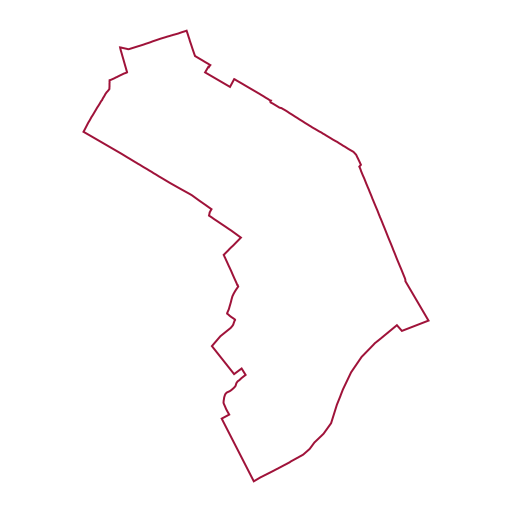 outline of Vedea, Giurgiu, Romania
{"feature_id": "2599482B51909863572758", "entity_name": "Vedea", "entity_type": "district", "adm_level": 2, "iso_a3": "ROU", "parent_name": "Romania", "parent_adm1": "Giurgiu", "projection": "mercator", "projection_center": [25.749, 43.774], "detail": "fine", "context": "isolated", "style": "outline", "palette": "rose", "viewbox_px": 512, "rotation_deg": 0, "n_neighbors": 0, "source": "geoboundaries", "source_scale": "gbopen_adm2", "svg_char_len": 5782}
<svg xmlns="http://www.w3.org/2000/svg" viewBox="0 0 512 512"><path d="M253.8,481.3L260.4,477.4L272.5,471.3L290.0,462.1L290.4,461.7L291.6,461.0L302.7,454.9L303.2,454.6L309.7,448.9L314.4,442.5L323.5,433.8L331.1,423.2L336.9,404.7L340.3,396.3L340.8,394.9L342.9,389.5L351.1,372.3L361.6,356.9L373.0,345.2L373.4,344.8L374.4,343.7L375.1,343.0L379.3,339.7L389.5,331.3L396.9,325.2L401.9,330.9L428.5,320.6L405.4,281.2L405.4,280.7L405.4,280.1L405.2,279.1L405.0,278.6L404.8,278.0L404.1,276.3L401.6,270.1L400.9,268.4L399.6,265.4L399.2,264.4L398.2,262.0L397.4,260.1L396.5,257.9L395.1,254.3L394.5,252.8L393.2,249.7L392.7,248.3L391.1,244.3L388.8,238.8L388.1,237.1L387.2,234.8L384.9,229.0L384.5,228.0L382.8,223.9L382.4,222.8L380.8,218.9L379.8,216.7L379.5,215.7L379.3,215.4L378.3,212.8L377.3,210.2L376.9,209.3L376.0,207.2L373.7,201.7L373.3,200.7L372.9,199.7L372.5,198.9L372.0,197.5L371.3,195.7L370.8,194.5L370.3,193.3L369.5,191.4L369.1,190.3L368.4,188.6L367.8,187.3L367.0,185.3L366.3,183.7L365.6,181.9L365.0,180.4L364.3,178.6L363.5,176.8L362.9,175.5L361.9,173.1L361.5,172.1L361.1,171.2L360.8,170.2L360.1,168.3L359.3,166.6L360.6,165.2L360.9,164.8L360.3,163.5L359.3,161.3L358.6,159.9L358.3,159.2L357.0,156.6L356.6,155.7L356.1,154.7L354.6,153.1L353.8,152.2L353.2,151.7L350.2,150.0L348.0,148.7L344.9,146.7L342.9,145.6L341.6,144.7L339.1,143.2L337.2,141.9L335.8,141.2L332.9,139.6L331.0,138.4L325.5,135.1L324.8,134.6L324.1,134.2L322.9,133.6L322.4,133.2L321.8,132.8L321.3,132.5L320.8,132.2L319.7,131.7L318.3,130.9L317.5,130.4L316.3,129.7L314.8,128.8L314.0,128.4L312.8,127.7L312.1,127.3L310.5,126.2L309.5,125.7L309.0,125.3L308.4,125.0L307.9,124.6L307.5,124.4L306.2,123.6L305.3,123.1L302.6,121.3L301.1,120.4L299.3,119.3L297.4,118.0L295.4,116.8L292.8,115.1L291.7,114.4L290.7,113.8L289.5,113.1L288.1,112.1L287.2,111.5L286.1,110.8L283.7,109.4L282.9,109.0L281.8,108.3L281.2,108.0L280.8,108.0L280.5,107.9L280.1,107.8L279.8,107.7L279.4,107.6L277.8,106.6L272.5,103.4L270.7,102.5L270.6,102.4L270.3,101.8L270.3,101.6L270.4,101.4L270.9,100.6L270.5,100.5L270.0,100.3L269.4,100.0L268.3,99.2L267.1,98.5L265.7,97.7L263.4,96.2L262.2,95.5L260.5,94.5L259.6,93.9L258.0,93.0L256.5,92.1L254.6,91.0L247.4,86.8L244.5,85.1L242.5,83.9L239.9,82.4L238.7,81.7L238.2,81.4L237.6,81.1L237.1,80.8L236.3,80.3L235.3,79.7L234.7,79.3L234.2,79.1L230.0,86.9L205.1,72.4L208.3,66.9L208.8,67.2L209.5,66.1L210.3,65.1L208.9,64.3L208.7,64.1L207.7,63.5L205.4,62.2L204.4,61.6L202.8,60.6L199.9,58.9L196.0,56.6L195.5,56.3L195.1,56.1L195.1,55.8L194.8,55.4L194.4,54.3L192.4,48.5L191.0,44.2L190.5,42.8L189.8,40.7L189.4,39.2L188.6,36.9L188.0,34.9L186.6,30.7L185.8,31.0L181.9,32.2L179.9,32.9L178.3,33.5L176.5,34.0L173.6,34.8L173.3,34.8L172.6,35.1L171.1,35.5L169.6,36.0L167.3,36.6L165.5,37.2L161.8,38.3L160.5,38.7L159.6,39.0L155.8,40.3L154.0,40.9L152.5,41.4L151.3,41.9L150.0,42.4L148.5,42.9L145.4,43.9L143.8,44.5L139.7,45.8L138.0,46.3L131.0,48.5L129.4,49.0L129.0,49.1L128.6,49.2L128.4,49.2L128.1,49.2L127.7,49.1L127.0,48.9L122.9,48.0L120.9,47.5L120.1,47.4L120.5,49.2L120.8,50.5L121.3,52.1L122.4,56.0L123.5,59.8L124.6,63.7L125.7,67.5L126.3,69.6L126.6,70.7L127.1,72.2L127.1,72.3L126.9,72.5L125.3,73.1L124.1,73.5L123.6,73.7L123.2,73.9L122.6,74.2L120.1,75.4L119.3,75.8L118.1,76.4L117.0,77.0L115.5,77.6L115.1,77.9L113.9,78.5L112.3,79.2L111.2,79.7L110.2,80.1L109.8,80.2L109.7,80.2L109.7,80.3L109.6,80.6L109.5,80.9L109.5,81.1L109.6,82.4L109.5,83.3L109.5,84.2L109.5,86.7L109.4,87.8L109.4,88.4L109.4,88.8L109.4,89.0L108.8,89.8L108.5,90.2L107.5,91.4L107.0,91.9L106.6,92.3L106.3,92.8L105.9,93.3L105.3,94.2L105.0,94.8L104.4,95.9L104.2,96.2L103.9,96.8L103.5,97.3L103.2,97.8L102.5,99.1L102.4,99.3L102.3,99.5L102.1,100.1L101.7,100.5L101.2,101.1L100.9,101.6L100.6,102.1L100.3,102.6L100.0,103.2L99.7,103.7L98.2,106.1L97.5,107.1L96.7,108.4L96.3,109.1L96.1,109.5L95.3,110.8L92.9,114.9L92.1,116.1L91.8,116.6L91.7,116.7L91.6,116.8L90.7,118.5L89.6,120.5L89.1,121.3L88.3,122.6L86.4,126.3L84.8,129.4L83.5,131.8L84.9,132.6L88.2,134.5L89.6,135.3L121.7,153.9L127.4,157.4L129.8,158.8L132.9,160.7L135.2,162.1L136.6,162.9L138.0,163.8L139.7,164.7L142.7,166.6L144.2,167.5L145.8,168.4L147.7,169.5L148.1,169.8L149.6,170.7L151.7,171.9L153.6,173.2L155.6,174.3L159.4,176.7L160.5,177.3L169.7,182.8L176.6,186.7L181.6,189.5L189.4,193.8L191.8,195.2L199.1,200.5L211.5,209.2L211.1,209.9L210.7,210.5L210.0,211.9L209.7,212.3L209.5,213.4L209.3,214.4L209.0,215.6L209.3,215.8L211.6,217.3L214.1,219.1L217.3,221.2L221.0,223.7L222.8,224.9L225.5,226.7L229.0,229.1L231.3,230.6L232.8,231.7L240.9,237.6L237.9,240.7L236.5,242.1L233.3,245.4L231.9,246.7L231.3,247.2L230.7,247.8L229.9,248.6L229.0,249.5L228.5,250.1L223.9,254.7L223.7,254.9L224.1,255.6L224.4,256.4L224.7,257.1L225.1,257.8L225.7,259.2L227.0,262.0L228.8,266.0L229.3,267.0L231.3,271.3L232.4,273.9L234.3,278.2L236.4,282.8L237.3,285.0L237.6,285.0L238.2,286.6L238.0,286.8L237.5,287.6L236.5,289.0L235.2,291.0L233.7,293.6L233.0,295.1L232.4,296.3L231.3,300.3L231.1,301.3L230.4,303.8L229.6,306.5L229.0,308.7L228.6,309.8L228.0,311.1L227.5,312.3L227.2,313.0L227.1,313.4L227.1,313.6L227.5,313.9L228.4,314.6L229.7,315.8L230.5,316.4L231.3,317.0L232.5,317.8L233.1,318.2L234.1,318.9L235.0,319.6L235.1,319.9L234.9,320.2L234.6,320.6L234.5,321.0L233.8,322.8L233.4,324.1L233.1,324.9L232.9,325.1L232.4,325.9L230.6,328.0L220.4,336.2L211.9,346.1L234.1,374.1L241.6,368.5L245.6,374.9L241.6,378.0L239.3,380.2L237.7,381.3L237.1,382.1L236.7,382.6L236.5,383.0L236.2,383.8L236.0,384.2L235.9,384.9L235.7,385.3L235.5,385.9L235.3,386.3L234.2,387.5L233.4,388.3L231.3,390.1L229.7,391.2L227.0,392.4L226.5,392.8L225.4,394.0L224.9,395.1L224.4,396.7L224.2,397.3L223.9,399.4L223.6,401.1L223.6,401.7L223.6,402.1L223.5,402.7L223.6,403.1L223.8,403.7L224.2,404.6L225.3,407.1L226.0,408.8L227.1,410.9L229.2,414.6L221.7,418.6L224.9,424.9L253.8,481.3Z" fill="none" stroke="#9f1239" stroke-width="2"/></svg>